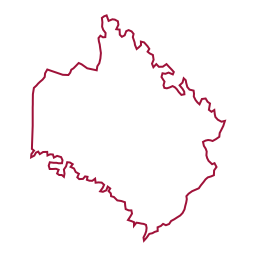 outline of Augusto Pestana, Rio Grande do Sul, Brazil
{"feature_id": "56859067B36732099712142", "entity_name": "Augusto Pestana", "entity_type": "district", "adm_level": 2, "iso_a3": "BRA", "parent_name": "Brazil", "parent_adm1": "Rio Grande do Sul", "projection": "robinson", "projection_center": [-54.004, -28.532], "detail": "fine", "context": "isolated", "style": "outline", "palette": "rose", "viewbox_px": 256, "rotation_deg": 0, "n_neighbors": 0, "source": "geoboundaries", "source_scale": "gbopen_adm2", "svg_char_len": 3060}
<svg xmlns="http://www.w3.org/2000/svg" viewBox="0 0 256 256"><path d="M147.6,46.3L144.1,42.4L140.9,41.6L141.0,45.2L138.7,47.4L136.7,49.0L135.0,45.0L134.6,42.4L132.8,37.1L133.6,33.9L131.6,31.4L128.6,30.1L126.2,31.2L124.7,35.3L121.9,36.8L119.8,34.7L119.6,29.6L116.3,29.2L118.4,24.8L117.9,21.3L114.8,19.6L112.4,19.3L108.6,20.9L106.6,15.4L104.1,16.3L101.9,17.9L102.4,22.4L102.1,26.7L103.2,29.8L105.6,33.0L105.3,37.1L103.0,37.3L100.4,35.7L98.5,38.1L98.9,41.4L99.7,44.4L100.2,48.3L100.9,53.0L100.4,58.4L99.3,63.2L97.3,66.3L96.7,70.3L87.2,68.3L81.6,64.3L78.7,63.0L75.7,66.1L73.4,68.4L71.3,69.7L70.2,72.7L68.4,75.0L62.8,74.8L47.3,69.5L45.1,73.3L44.7,77.0L42.6,79.6L40.0,81.8L38.1,83.6L36.5,85.5L33.9,87.9L32.9,94.2L32.8,100.5L32.8,104.3L32.7,107.4L32.7,119.1L32.7,125.6L31.9,148.9L34.0,150.6L31.4,154.1L31.1,157.3L34.3,155.6L36.0,152.6L38.2,151.6L39.8,154.1L43.1,152.0L47.2,151.9L47.5,155.5L50.1,154.3L52.9,154.5L53.9,157.6L57.1,155.9L61.1,157.1L62.5,160.2L62.0,163.2L58.8,163.3L56.4,162.8L53.7,162.8L49.8,162.3L48.7,165.7L49.7,169.0L52.8,169.0L56.0,168.8L58.6,169.8L57.1,173.5L59.2,175.0L61.8,175.0L63.9,176.8L64.5,173.7L63.9,169.5L66.1,166.3L67.2,162.2L69.9,162.5L72.7,164.2L70.6,166.9L74.0,168.5L75.7,172.0L78.9,173.8L77.3,177.3L79.2,179.1L83.0,178.9L85.1,176.4L87.5,176.8L86.9,179.8L89.4,180.7L92.3,180.8L95.1,178.7L95.6,182.7L98.4,182.4L101.7,182.6L104.1,184.8L102.7,187.8L100.2,191.3L102.9,191.8L106.3,190.3L107.7,186.6L110.2,188.5L108.6,191.1L110.8,193.4L111.1,196.2L113.9,197.0L117.3,200.4L121.3,201.0L124.9,202.2L125.2,205.7L125.7,209.1L128.8,210.4L131.4,210.4L132.0,213.6L130.2,216.7L128.0,220.0L131.7,221.2L134.0,222.2L134.0,225.7L136.4,222.7L138.7,223.0L141.4,223.6L143.7,223.9L146.0,224.9L146.6,227.9L146.2,231.2L145.1,234.3L143.5,237.5L144.0,240.6L146.6,237.7L149.3,233.9L152.4,233.2L154.7,231.9L157.7,231.0L157.6,227.3L160.8,226.0L163.1,223.9L165.9,225.2L169.1,224.0L171.1,221.0L174.4,219.2L177.0,217.5L180.2,215.5L182.6,213.0L184.5,209.4L185.3,205.8L186.2,202.5L186.8,199.1L186.4,196.2L188.6,193.7L192.1,191.2L198.8,188.3L200.8,185.4L203.5,182.1L205.5,179.4L207.8,177.4L211.1,176.4L213.9,175.2L214.1,170.4L216.5,167.0L214.5,163.2L212.1,164.2L208.6,160.9L207.2,158.2L206.4,155.3L206.7,151.5L205.7,148.7L203.9,145.9L203.0,141.9L205.5,140.6L208.1,140.0L210.4,140.3L212.6,141.0L216.0,139.1L219.3,136.8L219.7,133.0L221.4,129.7L223.3,125.9L224.9,120.9L221.5,121.7L217.8,119.7L215.4,117.0L214.8,114.3L214.3,110.0L211.5,111.8L208.9,109.8L210.0,103.5L207.6,101.8L205.6,98.5L201.9,99.0L199.5,104.3L197.5,102.5L195.6,100.1L193.8,96.5L194.0,93.8L193.6,90.6L189.5,89.6L187.3,87.0L186.2,82.9L185.7,80.2L183.7,78.3L182.5,82.6L179.6,85.3L182.5,88.8L184.2,91.6L184.4,94.3L181.4,94.9L178.8,92.1L176.9,89.3L174.9,87.3L172.6,86.1L169.5,87.5L166.9,88.3L164.4,87.9L163.5,85.3L164.5,81.6L163.0,79.4L161.5,77.0L162.5,73.3L165.4,73.8L168.6,72.6L172.8,74.4L173.8,72.0L171.8,69.7L169.0,66.8L166.5,64.1L162.8,66.7L158.9,66.8L156.3,64.1L153.4,67.2L152.0,63.7L153.6,59.8L152.9,55.0L149.7,53.4L147.6,51.7L149.3,48.9L147.6,46.3Z" fill="none" stroke="#9f1239" stroke-width="2"/></svg>